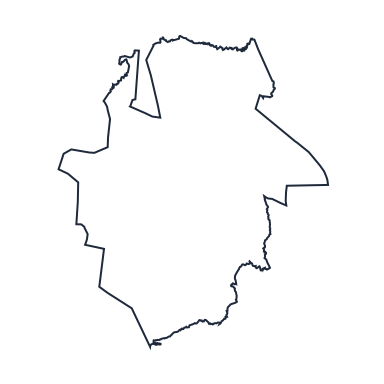 the district of Tepalcingo, Morelos, Mexico, rotated 5°
{"feature_id": "50627088B98541871287942", "entity_name": "Tepalcingo", "entity_type": "district", "adm_level": 2, "iso_a3": "MEX", "parent_name": "Mexico", "parent_adm1": "Morelos", "projection": "equal_earth", "projection_center": [-98.876, 18.569], "detail": "fine", "context": "isolated", "style": "outline", "palette": "slate", "viewbox_px": 384, "rotation_deg": 5, "n_neighbors": 0, "source": "geoboundaries", "source_scale": "gbopen_adm2", "svg_char_len": 5917}
<svg xmlns="http://www.w3.org/2000/svg" viewBox="0 0 384 384"><g transform="rotate(5 192 192)"><path d="M325.8,168.2L324.5,165.1L322.6,161.4L321.3,159.3L316.9,154.2L304.9,142.1L292.1,133.5L290.7,132.8L248.1,103.5L251.1,89.7L253.2,90.3L254.7,92.2L255.1,90.4L261.0,90.6L261.4,90.9L263.5,89.5L263.5,88.8L262.4,87.6L262.3,87.0L262.6,86.4L264.0,85.0L264.3,83.5L265.5,82.0L265.5,81.3L264.1,80.7L263.7,77.5L264.0,77.0L264.0,76.3L263.6,74.8L262.4,74.4L261.1,72.2L245.5,44.1L240.9,34.8L240.3,34.6L239.5,34.9L239.0,34.8L238.5,34.2L238.3,34.6L237.4,34.4L236.2,39.4L235.0,39.1L234.2,39.6L234.6,40.6L233.7,41.5L234.2,42.5L234.1,43.3L232.7,43.1L233.2,44.8L232.6,45.0L232.1,44.3L231.5,44.2L232.0,45.9L231.8,46.5L231.3,46.4L231.1,45.7L230.0,44.3L229.6,44.5L229.6,46.0L229.9,47.3L229.4,47.5L228.6,46.9L228.0,45.9L227.5,45.8L226.5,46.3L225.5,45.9L225.0,47.1L224.6,47.0L224.3,45.9L224.4,44.7L223.8,44.1L222.1,44.6L220.1,46.4L219.3,46.2L219.4,45.5L218.9,45.0L217.9,45.3L217.4,44.9L217.0,44.9L215.5,46.6L214.4,45.9L213.7,45.0L211.1,47.6L210.5,47.9L209.9,47.2L209.8,46.0L207.5,44.7L207.0,45.5L204.7,47.5L203.6,45.6L203.4,44.6L202.8,44.8L202.6,45.5L201.0,45.4L200.0,44.1L198.7,43.9L198.3,44.7L197.5,44.5L196.5,43.1L196.4,42.5L196.0,42.2L195.2,43.2L195.0,42.8L194.1,42.6L193.6,43.3L192.7,43.2L191.8,42.3L190.7,43.3L189.9,42.2L189.5,42.6L189.9,43.0L188.4,42.7L187.3,43.2L186.4,42.7L185.8,42.8L185.5,43.1L184.1,43.4L181.1,43.5L180.3,43.3L179.9,42.6L178.7,41.6L178.3,42.2L177.2,41.9L173.3,40.1L172.7,39.3L170.7,39.3L169.7,39.0L166.7,37.6L166.2,37.7L165.8,38.1L165.7,40.4L160.0,42.6L160.0,42.1L159.2,41.9L157.8,42.5L157.2,43.1L157.1,43.7L156.7,44.0L155.9,43.9L154.8,44.7L153.0,43.9L152.9,43.1L151.0,42.7L149.9,40.7L149.5,40.7L149.7,41.7L149.2,42.0L147.6,41.9L146.9,42.6L147.6,45.4L147.3,46.1L145.1,46.2L143.9,46.7L142.0,47.6L140.6,48.9L140.9,49.6L134.9,64.5L140.8,79.3L150.5,108.9L153.9,120.7L145.9,120.3L139.0,117.7L122.8,112.2L123.1,111.8L124.7,105.5L127.5,104.6L126.8,55.8L122.8,55.9L122.3,56.7L122.7,57.6L122.7,58.6L122.0,59.1L121.1,62.1L119.6,63.0L118.3,63.4L113.1,62.4L112.5,62.9L110.6,63.2L109.4,63.8L108.8,63.9L108.8,65.2L108.2,66.4L108.4,68.0L108.3,70.6L109.6,71.3L110.2,71.1L110.9,68.6L112.2,68.3L113.6,66.3L114.8,65.6L115.2,65.8L116.2,68.9L117.6,70.2L118.4,72.0L117.7,78.5L116.5,79.1L116.4,80.5L117.1,81.3L116.8,81.7L115.9,80.9L115.1,80.8L114.9,81.3L115.7,82.0L114.1,83.1L113.9,84.3L112.3,83.5L111.9,83.8L111.5,85.1L111.6,87.0L109.6,87.8L108.8,87.7L108.6,88.1L109.4,89.5L108.5,90.7L107.9,90.7L107.5,91.7L106.7,91.5L105.4,92.1L104.9,91.8L104.2,92.0L103.9,91.8L104.1,93.3L105.0,94.2L104.9,94.5L104.5,93.9L104.3,94.4L103.4,94.7L103.8,95.3L103.4,96.4L103.2,96.7L102.3,96.8L102.4,97.2L101.8,97.8L102.3,99.1L101.3,100.3L100.8,100.4L96.0,109.1L97.3,110.4L99.9,114.3L101.1,118.4L104.0,126.5L103.6,144.9L104.1,154.7L91.3,161.5L86.2,161.6L68.1,160.1L60.8,165.1L57.1,181.0L66.8,184.6L77.8,192.3L79.1,212.0L79.6,234.2L84.5,233.9L87.7,236.0L88.2,237.3L91.7,243.0L91.5,247.9L91.1,250.2L90.1,253.9L109.3,256.3L107.9,294.5L116.8,299.9L142.1,313.1L163.7,349.8L163.7,349.1L164.4,347.6L165.7,346.8L167.2,346.6L169.4,347.4L171.8,346.6L173.5,346.8L174.0,346.4L174.0,346.1L173.5,345.8L171.7,345.7L170.9,345.9L170.6,345.5L169.8,345.8L168.4,345.5L167.8,345.9L167.5,345.7L166.8,345.1L166.7,344.3L166.8,343.1L168.3,343.2L168.9,342.7L169.7,342.8L170.6,342.3L172.3,342.3L172.9,341.7L173.7,341.6L174.0,341.1L175.4,340.5L176.8,340.1L177.5,340.3L178.0,339.8L179.7,339.4L181.3,338.1L182.9,337.7L183.5,336.5L184.3,335.9L184.9,334.9L186.5,333.3L189.2,332.7L190.4,332.1L191.2,330.9L192.2,330.2L192.7,330.6L193.5,329.2L193.9,328.9L194.9,329.4L195.3,329.3L196.1,327.9L197.5,327.4L198.0,326.8L198.6,327.4L200.7,327.0L201.2,325.0L204.9,323.4L206.1,322.4L207.3,322.7L208.1,322.5L209.5,320.7L210.5,319.0L210.9,318.9L211.9,319.4L212.8,319.1L213.4,320.0L213.8,320.1L214.1,319.8L215.1,319.9L215.7,318.4L216.2,318.2L217.1,318.4L219.7,320.5L220.5,321.9L221.0,321.8L221.1,321.3L221.8,321.4L222.4,322.0L223.5,321.6L224.2,322.1L225.1,321.6L225.5,320.9L226.9,320.6L227.7,320.8L229.0,319.9L230.2,319.6L231.3,320.3L231.0,321.1L231.9,320.4L232.7,318.2L233.8,317.4L235.0,315.6L235.4,315.7L236.4,315.2L236.2,313.4L236.9,313.0L237.3,313.4L237.8,313.3L237.1,312.1L237.0,311.4L237.7,310.2L237.8,309.6L236.9,307.5L237.7,307.2L237.5,305.7L237.7,303.9L238.0,303.4L240.5,300.4L244.8,298.6L246.3,297.4L245.1,295.6L245.5,295.1L245.6,291.6L244.3,287.6L243.5,286.9L242.9,284.8L243.1,284.3L241.0,282.5L239.4,282.5L239.0,281.4L239.7,280.5L240.2,280.3L240.6,279.5L241.7,279.7L242.6,280.2L243.3,279.8L244.1,280.0L243.1,276.1L242.6,275.3L242.2,274.2L242.2,271.7L244.1,267.3L245.5,264.7L245.6,263.9L246.2,262.9L246.3,262.5L247.3,262.0L248.3,259.9L249.4,259.6L251.1,260.3L251.6,260.2L252.3,259.4L252.7,258.5L254.5,258.9L255.8,258.4L256.3,257.9L256.0,257.5L255.8,256.9L255.3,256.4L255.4,256.1L257.1,257.6L258.1,258.0L258.7,259.7L259.2,260.3L260.8,260.4L261.9,260.1L261.9,261.3L262.8,262.3L263.2,262.3L265.6,260.1L265.9,260.3L267.3,264.1L267.7,264.2L268.8,262.9L269.4,262.7L269.5,263.0L269.7,262.4L269.6,262.0L271.4,261.1L271.6,262.2L273.1,262.3L273.5,262.7L276.2,260.9L276.3,260.7L272.8,255.0L271.9,252.8L270.0,251.5L270.4,250.0L270.0,247.7L270.8,247.5L271.1,246.9L271.0,246.1L270.2,245.2L269.3,245.5L268.7,244.8L268.9,243.9L268.6,242.7L267.9,242.0L268.5,241.3L269.4,240.9L269.5,240.4L269.4,239.2L268.3,236.9L268.7,236.1L269.0,233.8L270.5,232.6L271.0,231.1L272.6,229.2L272.8,227.7L273.8,227.1L273.3,225.7L273.4,224.1L272.8,223.2L273.2,221.6L272.5,220.4L272.5,217.2L271.7,213.2L270.8,212.8L270.5,212.3L270.3,211.6L270.5,211.1L270.0,209.9L270.4,208.8L270.4,208.3L269.4,207.3L269.2,206.1L268.5,205.6L268.4,205.1L268.6,203.7L268.5,202.9L268.0,202.5L269.1,200.4L268.9,199.9L267.1,197.9L267.0,197.2L265.3,193.7L265.5,193.6L264.3,189.8L266.3,191.0L268.3,191.8L272.5,191.9L281.3,195.3L287.1,197.2L286.1,192.5L285.7,184.1L285.9,177.5L326.9,173.1L325.8,168.2Z" fill="none" stroke="#1e293b" stroke-width="2"/></g></svg>